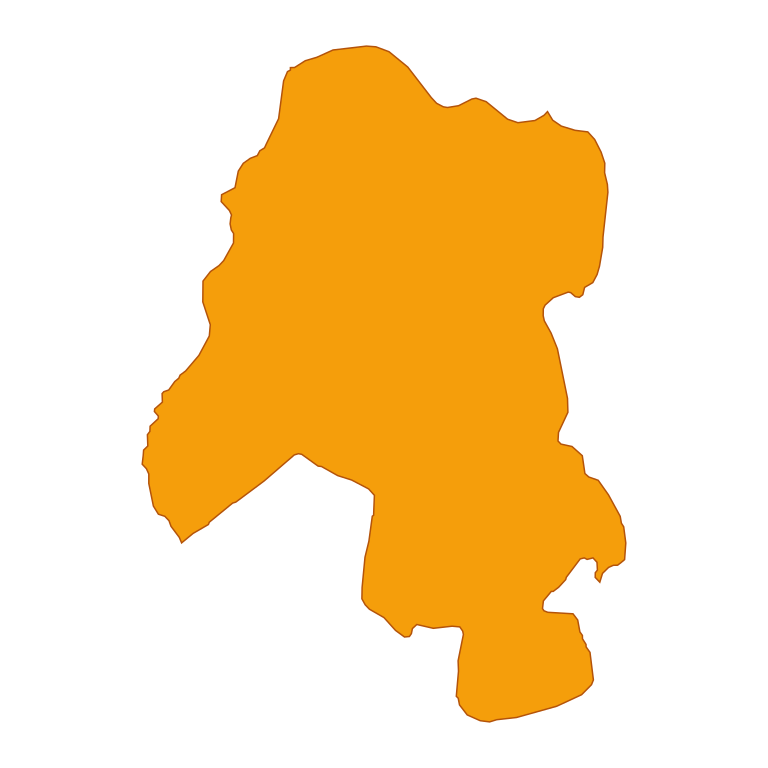 Ipala, Chiquimula, Guatemala (orthographic projection)
{"feature_id": "79465075B7392170561334", "entity_name": "Ipala", "entity_type": "district", "adm_level": 2, "iso_a3": "GTM", "parent_name": "Guatemala", "parent_adm1": "Chiquimula", "projection": "orthographic", "projection_center": [-89.607, 14.58], "detail": "fine", "context": "isolated", "style": "filled", "palette": "amber", "viewbox_px": 768, "rotation_deg": 0, "n_neighbors": 0, "source": "geoboundaries", "source_scale": "gbopen_adm2", "svg_char_len": 2577}
<svg xmlns="http://www.w3.org/2000/svg" viewBox="0 0 768 768"><path d="M599.8,582.2L602.5,573.4L608.6,567.4L613.3,565.3L617.6,565.2L621.0,562.6L624.6,559.6L625.8,543.0L623.7,526.8L621.4,523.2L620.2,516.3L608.5,494.9L598.2,480.3L588.8,477.0L584.9,473.5L582.3,455.7L572.0,446.5L561.0,444.1L558.0,441.0L558.5,432.4L567.9,412.3L567.5,398.4L557.4,348.8L551.1,333.1L544.3,320.8L543.2,315.7L543.3,308.8L545.1,305.1L553.3,297.7L568.2,292.1L570.7,292.6L575.3,296.6L579.4,297.3L582.8,294.7L584.6,287.4L592.8,282.6L597.1,274.5L599.5,266.2L602.7,247.4L603.0,237.0L607.9,192.3L607.4,184.5L604.6,172.7L604.8,163.2L601.1,152.1L594.7,139.5L587.8,131.9L575.0,130.3L561.3,126.1L552.7,120.2L547.5,111.6L544.0,115.3L535.0,120.5L517.9,122.7L507.6,119.2L486.2,101.7L476.0,98.2L471.9,99.0L458.6,105.7L447.5,107.5L443.3,106.8L436.6,103.3L431.3,97.6L407.8,67.1L389.0,51.7L375.9,46.8L366.4,46.1L333.0,50.0L316.8,57.3L305.3,60.7L294.6,67.5L290.4,67.6L290.4,70.1L287.5,71.6L283.6,80.9L278.6,118.7L266.4,143.8L264.5,147.9L259.9,150.7L257.3,155.6L250.3,158.3L243.3,163.3L238.3,171.1L235.0,187.7L221.6,194.7L221.2,201.6L229.4,210.5L231.5,215.0L230.8,217.9L230.1,223.9L231.3,229.9L233.6,233.5L233.5,243.0L223.7,260.6L219.0,265.6L210.5,271.5L203.0,281.1L202.8,301.9L210.3,324.7L209.3,336.0L198.9,355.4L185.6,371.0L180.1,375.1L178.8,378.2L174.8,381.5L168.7,390.0L163.8,391.7L162.1,393.6L162.4,402.1L154.7,408.9L154.4,411.5L158.3,416.0L158.2,418.7L150.1,426.2L149.9,431.4L147.4,434.7L147.8,446.0L143.6,450.1L143.2,455.6L142.2,464.2L146.4,468.7L148.8,474.0L148.8,483.5L153.4,506.1L158.4,514.2L164.8,516.3L169.0,520.7L171.0,526.3L179.3,537.4L181.6,542.9L193.1,533.4L208.4,524.5L209.3,522.2L232.6,503.1L235.8,502.1L264.2,480.9L294.3,454.9L298.4,453.7L301.7,454.3L318.1,466.1L321.5,466.5L337.7,475.6L351.6,480.0L368.6,488.9L374.4,495.3L373.6,515.3L372.3,516.2L368.9,541.2L365.0,557.2L362.1,587.5L361.9,598.8L365.2,604.8L369.4,609.2L384.0,617.6L395.5,630.4L404.5,637.0L409.4,636.5L411.4,633.6L412.4,628.6L416.8,624.5L433.3,628.3L452.1,626.2L459.8,626.9L462.7,631.1L463.4,634.5L458.1,660.8L458.5,671.2L456.3,696.3L458.2,698.2L459.5,704.9L467.2,714.9L480.2,720.7L489.6,721.9L496.7,719.7L516.5,717.5L556.8,706.2L581.6,694.7L591.5,684.7L593.4,679.9L590.0,652.4L586.1,646.9L586.0,644.4L582.5,638.8L582.4,635.4L579.9,631.9L577.7,620.0L573.0,613.8L547.8,612.3L544.0,610.8L542.5,608.6L543.4,600.9L551.3,591.4L553.2,591.4L558.7,587.2L565.7,579.6L566.3,577.3L580.2,558.9L584.3,557.9L587.1,559.4L593.0,557.9L597.0,562.3L597.4,570.1L595.3,572.7L595.2,577.4L599.8,582.2Z" fill="#f59e0b" stroke="#b45309" stroke-width="1.5"/></svg>